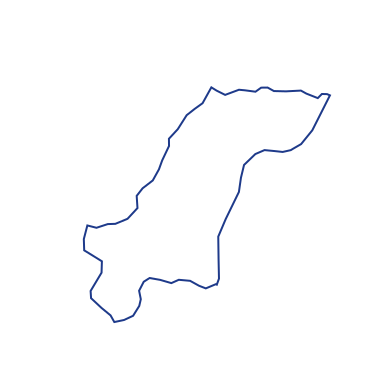 Aneby, Jönköping, Sweden (Equal Earth projection), rotated 299°
{"feature_id": "70781695B68897114765136", "entity_name": "Aneby", "entity_type": "district", "adm_level": 2, "iso_a3": "SWE", "parent_name": "Sweden", "parent_adm1": "Jönköping", "projection": "equal_earth", "projection_center": [14.809, 57.898], "detail": "fine", "context": "isolated", "style": "outline", "palette": "blue", "viewbox_px": 384, "rotation_deg": 299, "n_neighbors": 0, "source": "geoboundaries", "source_scale": "gbopen_adm2", "svg_char_len": 1047}
<svg xmlns="http://www.w3.org/2000/svg" viewBox="0 0 384 384"><g transform="rotate(299 192 192)"><path d="M112.0,116.7L98.4,120.2L88.7,126.0L88.2,137.1L87.7,146.8L77.6,152.0L68.5,151.7L56.3,151.3L50.2,155.2L46.7,169.2L44.6,180.6L40.6,187.1L47.1,194.6L55.2,200.5L66.8,201.1L73.4,199.2L80.0,193.6L90.1,193.3L96.2,196.6L99.7,206.7L102.3,218.1L108.8,223.0L113.4,233.4L113.4,243.6L114.4,250.8L123.0,257.6L123.0,258.6L129.3,257.6L145.1,248.4L165.7,236.6L184.7,234.6L214.8,233.0L228.2,227.9L240.9,224.4L255.9,229.0L263.8,235.1L267.8,244.3L271.0,251.9L276.5,258.1L278.8,259.4L286.8,264.2L304.3,267.3L343.4,265.8L343.1,262.7L340.7,258.1L335.1,256.5L333.5,244.3L333.5,238.1L325.6,225.4L320.0,214.7L320.0,207.5L316.8,201.9L310.5,198.9L306.6,189.0L304.2,183.5L293.0,173.9L292.6,164.3L292.9,158.2L274.8,158.2L266.1,154.1L256.6,150.1L240.0,149.1L227.4,146.0L221.1,149.6L205.2,150.6L195.8,152.1L183.1,152.1L171.3,147.0L161.8,145.5L151.5,152.1L137.3,148.6L127.0,140.4L123.1,133.9L114.4,125.8L112.0,116.7Z" fill="none" stroke="#1e3a8a" stroke-width="2"/></g></svg>